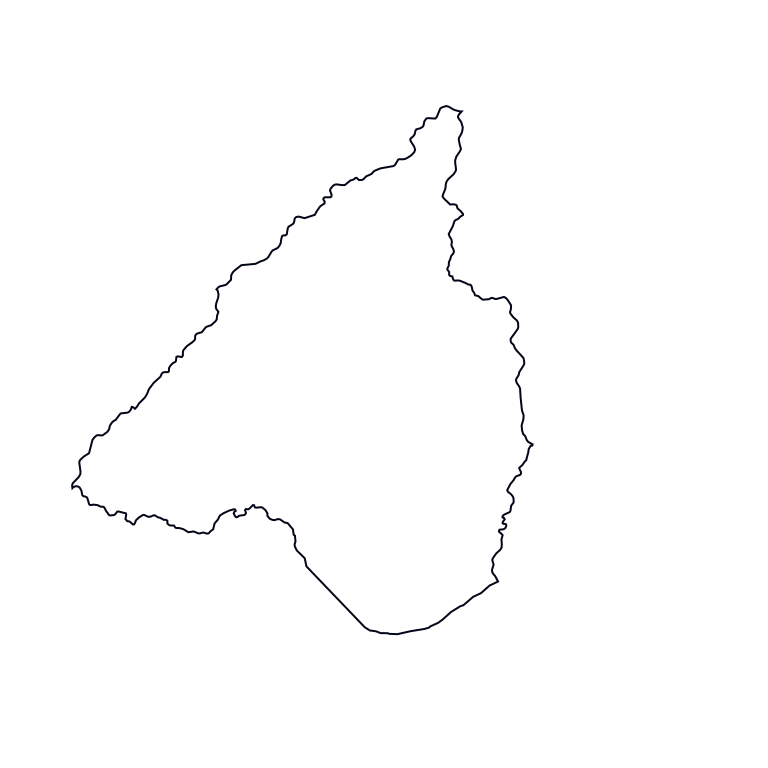 San Martín Jilotepeque, Chimaltenango, Guatemala (Albers equal-area conic projection), rotated 305°
{"feature_id": "79465075B81292522353259", "entity_name": "San Martín Jilotepeque", "entity_type": "district", "adm_level": 2, "iso_a3": "GTM", "parent_name": "Guatemala", "parent_adm1": "Chimaltenango", "projection": "albers", "projection_center": [-90.767, 14.829], "detail": "fine", "context": "isolated", "style": "outline", "palette": "ink", "viewbox_px": 768, "rotation_deg": 305, "n_neighbors": 0, "source": "geoboundaries", "source_scale": "gbopen_adm2", "svg_char_len": 6166}
<svg xmlns="http://www.w3.org/2000/svg" viewBox="0 0 768 768"><g transform="rotate(305 384 384)"><path d="M403.7,544.2L404.5,543.6L410.5,541.5L413.9,539.8L417.5,539.6L418.6,540.8L419.8,540.4L419.3,535.5L419.8,533.4L422.3,529.6L422.8,526.8L425.2,523.7L429.0,520.5L435.1,518.4L438.5,516.3L440.9,512.9L442.8,511.0L451.6,503.4L458.3,498.1L459.6,496.0L461.0,492.2L462.6,490.1L463.9,489.4L468.4,489.2L471.2,488.0L479.7,487.6L481.3,487.1L483.6,485.2L485.3,483.3L487.7,472.5L488.8,470.1L490.4,467.7L490.9,464.4L491.5,463.4L493.7,461.8L505.8,462.0L507.7,461.3L510.8,458.9L511.7,457.7L512.3,456.1L512.8,451.7L514.2,447.1L515.2,446.0L518.1,445.0L521.3,443.0L523.8,437.1L524.3,434.9L524.2,432.4L518.4,427.6L517.2,426.0L517.1,424.6L516.2,422.6L513.7,421.4L509.8,416.7L509.7,414.6L510.1,410.8L508.9,407.8L510.3,405.7L511.4,402.8L514.3,399.7L514.9,397.9L513.7,395.6L513.7,393.8L512.2,387.2L511.5,385.6L509.0,382.3L509.3,380.8L511.3,378.3L510.4,376.1L510.8,374.7L513.1,373.2L514.2,370.1L515.4,369.5L517.8,369.3L521.2,367.2L523.7,366.8L527.5,365.6L530.2,365.9L532.5,365.4L534.3,363.4L535.7,360.4L536.6,359.4L539.1,358.3L541.0,356.5L542.6,352.8L544.0,351.0L552.9,349.8L557.8,348.3L559.5,348.7L561.9,350.1L565.0,350.6L567.8,351.8L568.6,351.2L569.7,347.2L569.9,343.9L570.5,342.8L571.6,341.8L572.1,340.3L571.2,338.0L569.0,335.3L570.2,327.3L571.1,324.5L572.6,323.8L579.1,322.3L583.2,320.0L585.8,319.1L589.1,319.2L595.7,320.7L600.0,320.5L601.6,319.5L606.4,315.1L608.3,313.9L611.9,312.8L618.5,312.7L620.7,312.2L623.9,308.3L627.3,304.9L628.8,304.2L632.9,303.9L635.5,303.3L639.3,301.4L642.8,297.1L644.3,292.9L645.1,291.5L646.4,290.9L647.8,290.8L651.8,291.3L650.7,289.6L649.1,285.1L648.7,283.5L648.3,278.1L647.5,275.7L644.9,273.6L643.0,272.4L641.8,272.1L632.9,274.1L630.8,273.7L627.0,267.5L625.7,266.4L622.2,266.4L618.5,268.1L616.6,268.1L614.4,267.1L611.1,264.4L609.2,264.6L606.1,265.9L603.8,265.9L600.3,265.0L599.1,265.4L598.1,266.9L595.8,272.5L593.8,275.1L591.3,275.8L587.1,275.2L582.5,273.4L580.2,272.0L578.6,270.2L577.0,267.7L576.0,266.9L569.6,267.4L567.9,266.7L558.7,257.5L553.6,254.2L552.4,253.7L548.7,253.2L543.9,250.3L539.9,249.7L538.7,249.1L536.7,246.4L537.2,243.3L536.1,242.3L534.7,242.1L532.6,240.8L531.6,239.8L524.5,237.8L522.6,235.2L520.6,231.1L519.4,229.6L517.4,228.6L513.7,228.2L511.6,228.7L509.5,231.8L508.7,232.7L507.6,233.3L506.3,233.1L503.6,229.2L502.8,228.3L501.6,227.9L500.3,228.5L499.4,230.8L497.7,231.7L493.6,230.0L492.3,229.8L487.0,229.8L482.9,230.3L474.3,223.8L472.2,218.1L470.6,216.5L469.3,216.0L467.9,216.1L465.1,217.5L463.6,217.7L462.6,217.5L458.1,215.6L456.5,215.8L450.8,218.5L449.2,218.0L447.9,216.2L446.6,215.7L443.8,216.7L440.5,218.4L438.6,218.9L435.9,219.0L434.1,218.7L429.6,216.2L428.0,216.0L421.5,216.4L419.6,216.1L416.4,214.6L413.6,212.5L408.7,209.8L399.5,199.0L390.9,196.4L388.5,196.1L385.4,196.5L381.6,198.9L376.4,198.1L375.1,197.8L373.5,196.8L369.7,193.4L368.2,192.8L365.4,192.5L365.2,194.0L362.6,197.0L359.7,198.6L353.6,200.4L350.9,201.8L349.4,203.3L348.1,207.0L344.2,208.1L341.0,209.9L338.8,210.0L333.1,208.7L329.2,205.9L328.1,205.4L322.0,205.1L318.1,202.0L316.9,201.6L315.1,201.7L312.4,203.5L311.4,203.6L308.7,203.2L302.0,200.8L296.8,200.3L295.2,200.7L291.8,203.0L290.0,202.8L288.5,199.4L287.2,198.4L283.4,200.4L282.2,200.3L280.1,199.1L276.4,198.5L273.6,198.8L271.1,200.5L269.9,200.3L267.5,197.0L266.5,196.3L265.2,196.0L261.7,196.7L253.0,194.7L245.1,194.4L240.1,195.6L235.9,195.9L228.1,194.5L223.3,194.6L220.8,194.2L221.1,191.9L220.6,190.5L217.9,191.3L215.3,191.2L213.5,190.4L209.1,185.4L207.6,185.0L200.7,184.8L198.3,183.6L195.7,183.2L192.6,183.4L189.2,184.8L186.3,184.9L180.7,183.0L179.9,182.2L177.9,178.8L176.8,178.0L173.6,177.3L170.9,177.3L158.1,182.1L152.7,179.8L148.7,178.9L146.6,178.7L144.8,179.5L138.2,185.6L135.9,187.0L132.6,187.3L124.3,186.0L122.5,186.4L121.3,187.3L120.0,188.5L121.5,188.7L123.5,190.2L124.6,192.2L124.7,193.9L123.2,197.1L119.8,200.8L119.7,202.4L120.4,203.6L120.7,205.5L120.2,206.7L116.7,211.0L116.2,212.2L116.8,213.5L118.5,215.1L120.5,218.9L120.9,221.7L121.3,222.9L122.3,224.1L122.5,225.5L120.3,229.8L120.0,231.3L119.3,232.6L118.9,234.1L119.4,235.3L121.8,238.0L123.4,238.6L126.2,238.6L127.2,239.4L130.0,246.8L129.0,247.9L125.1,249.6L124.4,252.5L125.2,253.8L125.4,255.1L124.9,258.6L125.4,259.7L127.1,259.8L130.0,259.0L134.1,259.8L138.5,261.7L139.2,262.7L140.0,267.1L141.6,269.0L143.9,270.3L144.9,271.3L145.2,275.6L146.0,277.3L146.4,281.5L147.4,282.8L147.8,284.0L147.6,285.1L145.5,286.5L145.2,289.0L145.8,290.6L147.6,293.1L146.7,295.4L147.0,296.7L148.5,298.7L150.0,302.9L150.4,308.8L154.0,312.6L155.2,317.8L156.1,318.9L158.3,320.8L158.9,321.6L159.8,324.7L161.2,326.1L163.7,326.3L167.1,327.4L172.6,325.2L177.8,325.7L182.0,325.0L186.0,326.6L191.4,329.7L195.3,332.9L195.8,333.8L195.1,335.3L193.2,334.7L191.8,335.1L190.3,337.8L190.1,339.4L191.0,340.3L192.6,340.7L193.4,341.3L196.5,344.7L197.6,345.1L199.3,344.8L201.0,342.5L202.2,342.5L203.5,344.6L205.4,345.4L209.5,346.0L210.2,346.9L208.9,349.1L209.5,350.4L212.3,353.6L213.0,355.0L212.7,359.2L211.2,362.7L209.8,363.5L208.9,364.6L208.1,367.9L208.8,370.8L209.7,372.4L212.5,374.6L213.1,375.5L213.5,376.7L213.5,382.0L214.8,384.8L212.7,392.8L208.7,396.5L208.7,398.0L204.3,401.8L201.4,402.7L199.8,404.1L197.6,408.1L195.8,419.0L190.1,425.1L173.7,507.8L174.0,513.8L176.8,519.2L178.0,524.1L182.0,530.0L182.4,531.7L186.8,538.5L196.7,547.5L206.6,557.7L210.6,560.8L211.9,560.9L219.5,565.4L224.6,567.1L235.8,569.7L245.8,574.0L248.3,575.9L260.8,579.1L268.3,583.4L279.5,586.1L287.6,590.7L290.4,585.3L291.1,582.4L291.9,580.8L292.9,579.6L294.2,578.9L298.9,577.4L301.5,574.1L302.4,573.4L305.1,573.1L309.5,573.1L314.8,574.3L317.5,574.1L320.2,572.5L324.0,569.4L328.2,567.9L328.7,566.2L328.8,563.6L329.2,562.6L330.9,562.2L333.0,564.7L334.4,565.7L336.0,566.0L338.0,565.5L339.0,564.6L338.9,563.4L338.1,562.4L338.0,561.0L339.3,560.4L342.3,560.5L343.1,559.2L342.7,557.6L343.9,556.9L346.0,557.4L351.1,560.4L352.5,560.4L357.2,558.0L361.4,558.1L364.4,555.9L365.7,554.2L366.6,551.2L366.8,547.4L367.7,545.8L374.6,544.9L379.4,545.3L382.8,545.0L383.9,545.1L387.8,547.7L389.4,547.5L390.4,546.7L392.5,543.1L393.6,543.0L396.8,543.8L401.1,543.8L403.7,544.2Z" fill="none" stroke="#020617" stroke-width="2"/></g></svg>